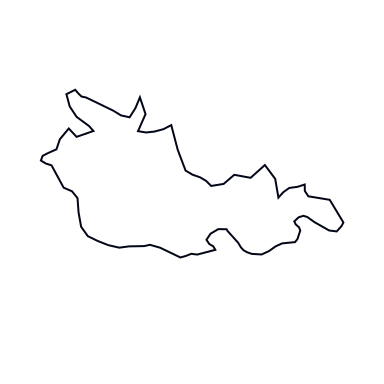 the Province of Gitega, rotated 107°
{"feature_id": "BDI-2639", "entity_name": "Gitega", "entity_type": "Province", "adm_level": 1, "iso_a3": "BDI", "parent_name": "Burundi", "parent_adm1": "", "projection": "albers", "projection_center": [29.917, -3.445], "detail": "fine", "context": "isolated", "style": "outline", "palette": "ink", "viewbox_px": 384, "rotation_deg": 107, "n_neighbors": 0, "source": "natural_earth", "source_scale": "10m", "svg_char_len": 1308}
<svg xmlns="http://www.w3.org/2000/svg" viewBox="0 0 384 384"><g transform="rotate(107 192 192)"><path d="M176.9,38.3L180.8,39.0L187.4,42.1L188.7,49.6L185.0,66.1L182.2,74.5L182.2,78.5L185.0,82.6L190.2,85.6L192.7,83.3L194.5,79.3L197.2,77.2L206.2,77.4L209.8,78.8L214.8,90.8L219.6,96.2L225.9,101.0L231.4,107.2L233.7,116.7L233.5,121.9L232.6,125.7L230.6,129.1L227.0,133.1L218.8,146.7L217.5,148.0L219.8,156.0L226.5,162.1L233.5,164.2L236.7,160.2L237.7,155.8L240.5,152.8L250.3,168.7L251.3,174.6L254.9,179.1L258.0,183.9L254.6,206.2L254.8,216.8L257.7,221.9L262.4,236.3L266.5,245.3L267.3,256.5L266.4,267.8L264.7,278.7L257.6,287.9L244.5,294.6L231.3,299.7L226.4,307.0L225.4,316.0L207.6,334.1L207.5,340.1L206.1,345.7L201.1,345.4L196.9,341.1L190.8,334.1L180.2,333.8L167.3,328.4L173.0,318.5L162.5,304.1L159.0,309.8L153.9,324.3L145.9,334.0L135.2,340.7L128.4,333.6L131.0,329.5L133.0,325.6L132.6,320.9L137.2,291.3L139.5,282.3L138.8,273.5L128.2,270.6L116.7,269.5L131.1,259.2L149.6,261.4L148.5,253.3L145.2,245.6L140.2,237.6L134.1,231.4L155.8,218.0L173.4,204.4L175.3,196.5L175.6,188.6L177.2,181.9L180.6,175.4L175.0,164.1L163.2,156.6L161.3,140.1L144.9,130.2L155.1,116.3L172.1,107.7L165.6,104.7L159.7,100.2L156.2,92.6L151.9,86.4L158.0,84.4L162.1,79.5L159.2,58.0L176.9,38.3Z" fill="none" stroke="#020617" stroke-width="2"/></g></svg>